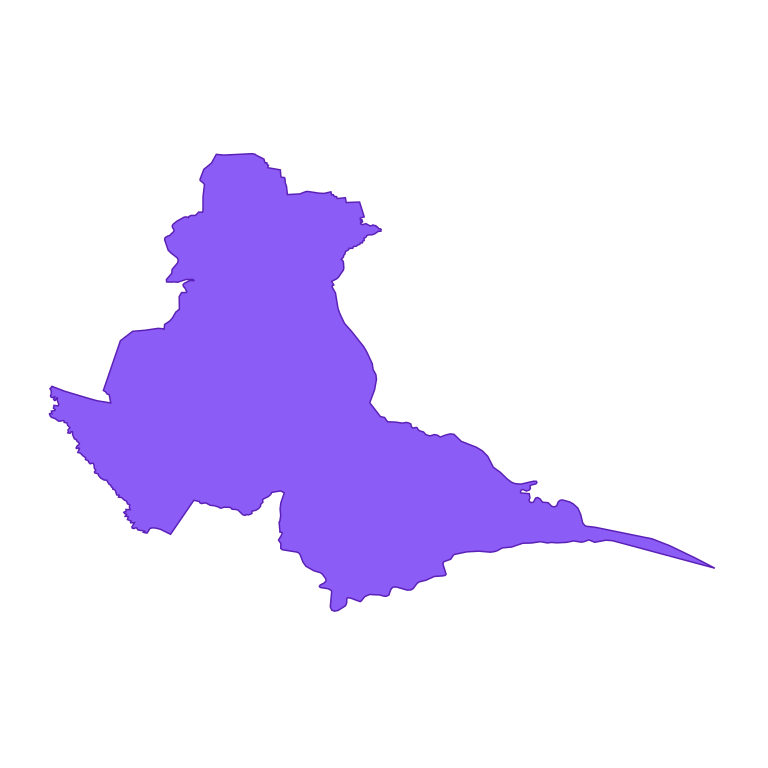 Bang Klam, Songkhla, Thailand (Equal Earth projection), rotated 91°
{"feature_id": "78962969B50484514346142", "entity_name": "Bang Klam", "entity_type": "district", "adm_level": 2, "iso_a3": "THA", "parent_name": "Thailand", "parent_adm1": "Songkhla", "projection": "equal_earth", "projection_center": [100.407, 7.09], "detail": "fine", "context": "isolated", "style": "filled", "palette": "violet", "viewbox_px": 768, "rotation_deg": 91, "n_neighbors": 0, "source": "geoboundaries", "source_scale": "gbopen_adm2", "svg_char_len": 6167}
<svg xmlns="http://www.w3.org/2000/svg" viewBox="0 0 768 768"><g transform="rotate(91 384 384)"><path d="M157.3,555.7L166.1,560.3L172.5,567.9L182.5,571.5L183.8,571.3L186.1,568.3L187.8,567.0L199.8,568.2L214.0,568.0L215.4,568.5L215.3,572.3L218.3,575.0L218.8,576.3L218.8,579.8L220.0,582.0L221.0,582.4L220.4,584.2L220.6,586.6L224.8,593.9L227.8,597.5L229.5,598.5L230.9,598.3L234.0,596.5L235.2,596.9L239.4,601.1L239.7,602.5L241.3,605.2L242.4,605.8L244.4,605.6L254.0,602.1L256.9,599.1L261.6,592.8L263.8,591.9L266.4,592.4L273.0,597.8L277.1,598.2L283.4,603.4L285.8,603.1L285.8,597.4L285.5,596.3L285.9,592.2L283.0,583.9L282.8,576.9L283.6,575.9L284.2,576.5L283.7,579.5L286.8,585.4L288.0,586.6L290.1,586.2L291.2,584.9L295.2,582.8L296.0,583.7L296.1,588.0L300.2,590.3L312.8,589.9L315.7,593.4L321.5,596.6L324.6,599.1L328.3,604.4L333.1,604.8L332.6,606.0L332.3,610.9L334.4,623.5L335.7,636.2L345.3,648.3L395.4,664.5L396.6,662.3L398.8,660.7L399.4,658.6L407.7,656.9L405.8,670.3L403.8,678.2L396.8,703.1L392.3,715.5L392.3,716.3L393.1,716.0L394.4,717.9L396.8,716.6L400.1,716.6L401.6,717.3L402.7,716.9L403.4,715.6L402.6,713.1L405.1,714.1L406.3,713.1L406.1,712.3L403.6,711.1L403.7,710.3L406.2,710.4L410.2,708.8L411.6,709.5L411.1,713.6L414.0,714.1L415.1,712.4L415.7,712.2L416.3,713.1L416.9,716.1L419.5,715.5L419.2,717.4L419.8,718.0L422.1,717.0L423.2,715.7L424.4,712.1L426.7,709.0L426.9,707.9L426.1,704.0L426.6,703.2L428.0,703.1L428.5,700.2L430.7,699.7L433.2,697.2L435.5,699.2L437.2,698.8L438.4,699.3L438.7,696.9L437.1,695.9L437.2,694.7L440.2,694.4L444.1,692.7L445.3,690.5L446.4,690.1L448.7,687.5L449.8,687.9L451.6,690.0L453.4,690.7L453.9,690.2L453.3,688.3L453.6,687.4L457.8,688.9L458.4,686.4L461.2,683.6L462.9,681.0L464.8,681.2L465.9,678.3L467.4,677.9L468.8,676.6L468.9,675.9L468.2,674.6L468.4,673.4L469.9,672.6L473.1,672.2L475.4,670.7L477.0,672.0L477.9,671.7L478.8,668.3L480.5,667.8L483.1,665.5L484.9,662.2L485.0,659.6L489.1,657.1L490.0,655.4L491.6,654.8L492.4,653.6L493.9,653.3L494.3,651.6L495.1,650.8L499.6,649.3L499.8,646.8L501.8,647.5L502.1,644.4L504.7,641.5L505.5,639.4L508.3,638.4L509.1,636.2L511.8,636.4L514.1,635.6L513.9,639.8L516.2,639.7L516.4,641.5L516.9,641.9L518.1,641.0L518.9,639.2L520.9,640.5L520.9,638.1L521.2,637.3L524.0,638.2L525.4,634.5L526.6,635.1L527.3,634.7L526.9,631.1L531.4,633.6L532.6,633.1L532.9,631.3L532.2,630.4L532.2,628.8L534.2,627.5L535.3,620.8L535.7,620.6L536.5,621.8L537.2,619.1L537.0,618.1L532.5,615.5L531.9,613.3L532.0,610.0L533.1,605.2L538.0,594.8L503.6,572.1L504.7,566.6L506.0,566.0L506.7,564.5L506.0,560.1L508.3,555.6L508.7,551.3L510.0,547.0L510.9,545.8L510.8,543.9L510.0,542.0L510.0,536.4L510.6,534.9L511.9,533.7L512.0,530.2L512.6,527.8L517.2,522.9L517.8,520.5L517.0,519.4L517.2,516.9L515.8,513.8L513.5,513.9L512.5,509.9L510.7,507.1L508.3,505.3L506.5,505.2L504.3,503.0L502.0,503.4L501.1,502.6L498.5,497.6L496.5,495.4L494.3,494.3L492.7,485.3L494.6,481.8L504.7,485.1L510.8,485.7L517.3,485.0L523.4,485.8L523.9,486.5L534.0,485.4L533.9,484.0L534.7,483.1L537.7,484.3L541.9,486.8L545.3,484.3L550.2,484.4L551.5,482.7L553.5,468.7L554.2,466.5L555.9,465.0L563.5,461.9L567.6,458.9L572.0,450.8L573.8,444.2L575.1,442.4L579.8,438.8L581.8,438.5L583.8,440.1L586.2,444.4L587.7,445.1L588.6,444.0L589.7,436.2L591.3,433.1L592.7,432.7L607.6,433.8L610.9,432.4L612.0,429.7L611.2,425.9L606.4,418.6L603.6,417.5L599.1,417.4L598.4,416.8L598.6,413.9L602.0,404.1L601.5,403.1L596.9,399.5L594.7,394.7L595.0,384.8L596.2,379.8L596.2,378.0L594.9,375.4L589.8,373.8L587.4,372.1L586.8,370.8L586.8,367.9L589.7,357.2L589.4,353.4L588.1,351.3L582.6,347.3L581.2,345.2L579.5,338.7L575.5,330.2L574.9,322.4L574.3,319.5L573.1,318.6L563.4,321.8L561.5,321.7L560.5,320.8L558.1,314.3L553.9,311.6L553.2,310.6L550.4,298.4L549.5,286.3L550.3,274.6L549.7,270.9L548.8,268.1L545.8,262.7L544.8,253.5L540.8,242.6L540.4,233.6L538.9,224.7L540.1,217.9L539.5,213.8L539.8,208.5L539.2,199.1L537.6,191.6L538.7,184.0L538.2,181.3L536.3,176.4L538.6,170.6L536.3,159.3L536.7,152.7L562.4,50.0L552.7,69.4L540.7,95.5L534.2,113.0L523.6,170.1L522.7,179.1L522.1,180.7L519.4,182.9L510.9,185.1L504.6,188.1L500.4,192.9L498.7,196.2L496.8,203.5L497.2,205.9L498.9,207.8L502.7,209.2L504.0,211.7L503.2,214.3L499.8,217.8L499.4,223.5L496.1,226.0L494.8,228.4L495.5,230.5L499.4,232.4L499.9,233.7L499.8,235.7L498.0,237.0L495.1,236.1L491.1,236.9L490.6,245.2L489.9,245.7L487.8,245.1L487.1,244.0L487.2,242.7L488.5,239.9L487.6,237.1L486.1,235.8L483.3,236.3L482.4,234.8L481.2,230.3L479.8,229.4L478.6,230.0L478.6,232.8L481.7,245.3L481.4,250.9L480.1,254.6L476.7,259.3L470.3,266.1L465.3,273.3L454.5,279.0L449.1,284.5L445.6,290.6L440.0,305.7L433.1,313.1L432.7,316.8L433.9,321.4L436.1,326.9L434.2,329.7L433.7,332.7L435.1,337.3L433.9,341.3L431.3,343.6L430.2,347.5L429.2,348.9L427.0,350.3L426.9,351.4L427.5,353.9L427.3,354.8L426.0,355.9L423.5,356.5L422.7,358.1L422.0,360.8L422.8,364.8L421.9,371.6L421.7,379.8L417.5,382.8L416.6,387.0L403.0,397.9L389.9,393.3L379.4,391.6L374.7,392.3L369.6,395.2L363.9,396.1L352.4,401.7L347.1,404.9L332.0,417.3L324.2,424.5L314.6,429.3L309.3,431.3L293.9,434.1L288.0,437.5L286.8,437.6L285.8,435.9L282.4,438.2L279.5,432.9L277.9,431.3L270.8,426.6L269.0,426.2L262.8,426.7L261.4,427.4L260.1,428.9L257.8,426.8L255.9,426.5L254.8,425.3L252.3,424.9L250.4,421.7L249.0,421.3L248.9,417.7L247.1,417.0L246.6,413.8L245.4,412.7L244.8,410.6L243.5,410.2L243.2,408.0L241.6,407.8L240.9,406.3L238.6,406.6L237.8,404.9L235.8,403.5L235.1,401.9L235.1,398.7L233.9,395.7L231.5,392.4L231.3,389.8L229.5,389.6L229.0,390.1L228.8,391.9L227.1,393.2L226.8,394.5L225.8,394.9L225.8,396.4L225.1,397.7L225.9,399.1L226.1,400.8L224.0,404.8L225.1,408.7L224.1,410.2L223.1,409.5L222.7,410.7L222.7,408.8L222.2,408.3L220.9,409.9L220.5,408.1L219.9,410.5L218.5,410.6L217.2,406.7L202.5,411.6L203.2,424.9L198.4,425.9L199.4,434.0L197.5,434.7L197.6,436.2L197.1,436.5L197.1,437.4L195.6,438.0L195.7,439.7L192.8,440.4L194.5,447.3L194.3,452.5L192.8,463.7L193.0,465.6L195.4,471.4L196.3,483.9L188.2,484.9L184.7,486.2L179.9,486.7L179.3,487.3L179.1,490.0L178.5,490.7L171.7,491.4L169.8,503.7L168.6,504.0L167.4,503.3L166.3,504.8L164.9,505.0L164.8,506.9L161.2,508.0L157.4,515.9L156.6,516.8L156.0,519.6L157.9,548.1L157.3,555.7Z" fill="#8b5cf6" stroke="#5b21b6" stroke-width="1.5"/></g></svg>